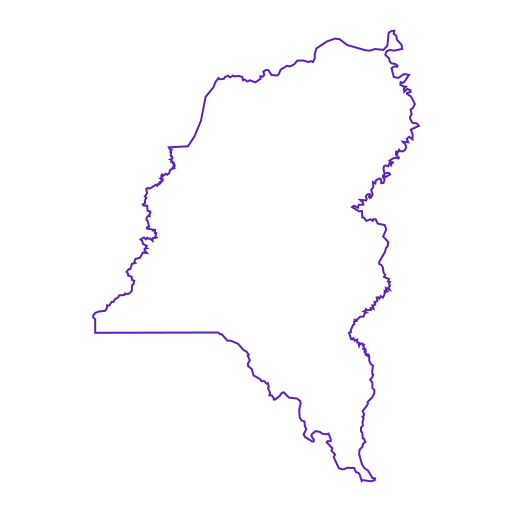 Humaitá, Amazonas, Brazil (orthographic projection)
{"feature_id": "56859067B63589902021131", "entity_name": "Humaitá", "entity_type": "district", "adm_level": 2, "iso_a3": "BRA", "parent_name": "Brazil", "parent_adm1": "Amazonas", "projection": "orthographic", "projection_center": [-62.357, -7.512], "detail": "fine", "context": "isolated", "style": "outline", "palette": "violet", "viewbox_px": 512, "rotation_deg": 0, "n_neighbors": 0, "source": "geoboundaries", "source_scale": "gbopen_adm2", "svg_char_len": 6036}
<svg xmlns="http://www.w3.org/2000/svg" viewBox="0 0 512 512"><path d="M375.0,478.4L372.6,478.2L368.0,470.6L364.3,468.0L361.9,464.2L359.2,454.4L359.6,449.6L362.7,446.6L362.5,445.2L363.9,442.8L365.4,442.0L363.9,438.7L362.8,438.4L362.3,432.7L361.0,431.3L361.0,427.6L362.9,425.6L362.5,422.5L363.6,418.2L362.5,416.7L363.8,415.7L364.0,414.1L362.6,411.1L367.0,405.4L368.0,403.2L367.5,402.1L372.2,397.4L374.2,393.4L374.4,390.1L372.4,388.1L372.4,382.8L370.2,379.6L372.7,376.6L373.1,374.5L372.4,374.3L372.2,372.0L372.9,365.6L370.8,364.1L369.2,360.6L369.3,357.0L367.2,355.6L368.9,355.6L368.6,354.5L365.6,354.4L365.8,353.3L364.4,352.0L364.6,351.1L366.5,351.6L365.5,350.9L365.4,348.9L363.3,348.9L363.8,347.0L362.8,345.3L363.8,344.6L362.0,343.4L359.4,344.2L359.4,343.0L357.2,342.5L357.2,339.6L354.9,340.7L354.4,339.2L353.0,339.3L353.0,338.3L351.1,339.1L349.0,332.8L351.0,332.1L350.6,330.3L353.1,325.0L354.3,324.3L354.1,321.5L356.4,320.9L355.4,319.8L356.8,319.9L360.2,316.7L363.5,316.7L364.9,312.9L366.2,312.6L363.7,311.4L365.6,310.6L366.0,309.1L367.6,310.2L370.8,309.9L370.7,308.0L373.5,308.9L372.3,305.3L374.2,305.3L375.2,304.4L374.4,302.1L377.4,301.0L376.7,297.5L377.9,297.2L379.5,298.6L380.7,296.1L382.9,297.6L384.6,294.1L384.6,291.1L386.1,292.0L387.5,291.3L386.0,290.4L385.8,288.0L389.7,289.7L388.5,287.3L390.0,285.7L388.9,283.5L389.9,281.9L388.0,281.4L389.0,279.1L384.0,276.9L385.2,274.8L383.6,272.7L382.8,267.3L381.3,265.0L379.2,263.9L379.1,262.1L385.0,251.9L385.9,248.1L387.6,246.4L388.3,242.1L383.1,236.5L386.2,229.5L384.8,225.1L377.7,223.6L375.6,219.3L373.4,219.2L372.8,220.8L370.5,219.3L366.3,220.9L364.0,217.7L362.3,217.4L362.0,211.1L359.0,211.3L352.1,207.1L354.0,205.7L358.0,207.7L358.8,204.8L363.4,204.6L362.9,202.4L360.2,199.9L366.2,200.4L366.7,199.2L365.8,196.2L367.4,194.4L369.7,194.0L370.1,195.1L368.9,196.7L369.8,198.1L371.1,197.5L372.6,194.4L371.2,190.0L373.3,187.1L373.0,182.1L375.3,183.4L375.8,180.4L379.4,178.4L381.1,179.5L381.2,183.2L383.5,182.9L384.6,179.7L382.9,177.0L383.0,175.5L383.8,175.3L385.4,177.1L390.1,174.5L389.5,173.3L387.7,172.7L384.6,173.9L383.5,168.9L384.0,166.3L385.4,165.4L388.1,166.3L389.5,163.4L391.0,165.3L391.7,163.2L393.8,162.4L390.5,162.1L389.4,160.8L392.9,158.5L395.5,157.7L398.6,158.4L399.0,157.9L395.9,154.4L396.1,151.6L397.1,151.6L397.5,153.0L399.1,149.8L400.0,151.1L403.1,151.3L404.9,150.0L406.2,147.2L405.4,144.6L402.8,141.8L408.2,142.3L406.7,138.9L409.1,136.8L412.5,139.3L412.6,134.1L410.8,129.6L418.9,125.8L416.9,123.5L412.4,122.8L410.1,118.8L410.0,117.1L411.6,114.4L410.6,109.5L412.7,108.3L414.9,104.1L411.0,96.5L406.9,93.8L407.0,93.0L410.5,92.0L410.5,90.3L407.3,88.9L404.2,91.8L404.0,88.7L405.9,86.7L403.0,86.3L400.3,84.7L400.7,82.1L402.8,82.9L403.9,82.3L409.0,75.0L404.3,74.0L398.2,77.9L393.8,77.0L391.5,68.1L394.0,66.6L397.2,66.7L397.6,65.8L395.6,64.1L391.4,63.3L389.7,61.4L389.1,58.6L385.3,54.8L386.4,51.5L390.0,49.8L393.6,50.7L402.2,48.9L401.6,44.9L396.9,39.6L396.3,35.9L393.6,33.6L394.3,30.7L391.2,31.1L388.7,32.8L387.3,45.8L383.4,49.9L375.1,49.0L369.7,50.7L365.3,50.2L347.1,45.0L339.6,39.2L334.9,38.6L326.8,41.5L316.3,48.5L314.7,54.5L314.8,58.0L312.9,62.1L310.9,61.1L308.3,62.1L303.4,60.5L297.4,60.6L294.0,64.5L289.7,66.5L287.1,65.8L280.7,69.6L278.7,74.2L277.1,75.5L271.5,75.0L268.4,70.1L266.1,70.0L263.4,71.5L264.3,75.0L262.3,76.7L260.4,76.2L260.5,78.9L255.3,82.3L249.9,80.3L247.4,81.5L244.3,79.4L243.0,80.2L242.2,76.9L239.1,76.0L234.4,76.4L233.1,75.6L230.0,77.3L228.1,75.7L224.9,77.1L223.9,78.8L219.9,79.3L218.5,78.0L215.5,82.0L213.3,87.4L205.6,96.9L201.0,120.6L194.5,136.3L188.0,146.3L168.8,147.3L170.0,149.6L171.6,149.7L170.4,152.0L171.1,152.6L170.7,155.9L172.1,156.6L172.4,158.4L170.5,159.4L171.5,159.7L171.2,161.8L172.7,161.8L172.6,163.1L174.4,164.3L174.7,166.1L172.9,167.7L174.0,168.2L170.2,169.8L169.1,173.3L167.2,174.7L166.0,173.7L163.5,175.6L163.4,174.8L162.1,174.6L162.5,175.9L161.4,175.8L161.6,177.6L160.4,178.4L162.4,179.1L161.9,179.6L162.8,180.3L160.2,183.2L160.1,182.0L159.6,182.4L158.9,184.2L157.9,184.1L157.1,185.8L155.6,184.7L151.5,187.6L149.0,188.6L147.8,187.9L146.2,189.0L147.1,193.2L144.8,196.5L146.4,197.8L144.9,200.4L145.0,203.1L142.8,204.5L143.7,205.7L147.2,205.7L147.5,210.7L150.0,211.3L150.5,212.4L149.3,214.7L149.6,216.0L148.4,215.7L146.7,217.6L146.4,219.8L147.6,220.8L149.1,226.6L147.2,227.2L146.9,228.5L153.5,229.8L153.3,230.4L155.1,230.0L154.8,233.0L156.2,233.1L155.4,236.7L156.4,237.5L152.6,238.2L152.6,240.9L149.9,238.4L148.3,238.8L147.2,237.7L145.8,239.3L143.9,237.5L140.5,239.4L142.1,240.8L143.1,244.1L146.7,245.8L145.6,247.8L146.8,248.3L144.6,249.0L144.6,250.5L146.8,253.0L142.9,252.5L140.0,257.7L135.6,258.9L134.3,262.0L135.3,263.0L132.0,263.8L130.3,269.2L128.8,269.1L126.5,271.9L128.1,273.7L128.1,275.6L131.7,276.7L131.9,279.9L134.2,280.8L133.5,284.2L132.0,285.6L131.8,290.8L129.5,293.4L126.6,294.1L125.1,293.4L124.3,295.0L119.0,295.4L118.4,297.1L114.7,299.5L113.5,301.8L111.5,302.0L109.4,305.5L107.0,305.4L107.1,307.7L105.2,310.8L98.5,311.6L95.1,313.0L93.1,315.8L93.3,317.5L95.2,319.3L95.2,332.8L218.1,332.5L220.4,334.4L221.7,334.2L227.4,340.6L231.1,340.8L238.2,343.9L243.2,349.7L246.6,351.7L248.8,354.8L247.7,355.6L249.8,360.3L247.8,363.7L248.1,366.1L251.9,369.2L253.5,375.4L260.0,379.1L261.6,381.2L264.0,381.1L266.7,383.7L267.8,383.1L268.8,386.6L268.0,388.0L270.0,392.7L269.5,395.3L271.5,395.3L273.8,398.1L273.7,399.4L274.9,399.7L280.1,395.5L281.4,393.3L283.6,392.3L289.0,397.6L296.8,398.5L299.9,400.7L300.7,403.3L299.2,409.8L299.7,417.6L301.7,420.6L304.4,421.4L304.9,426.3L306.3,429.1L303.7,434.2L304.7,436.7L312.2,441.5L313.5,441.5L313.9,439.9L311.4,436.0L311.6,434.4L315.6,431.1L319.8,431.9L322.1,433.6L326.2,434.3L328.6,433.6L330.9,439.7L330.6,441.2L327.4,441.2L326.7,442.4L332.4,448.2L331.4,450.7L335.1,454.6L333.7,456.9L334.1,458.1L338.9,468.3L343.3,469.5L347.2,467.8L354.2,468.0L355.8,471.9L358.6,473.0L359.7,474.7L361.7,481.0L362.6,480.1L370.6,481.3L374.6,480.3L375.0,478.4ZM358.9,344.8L359.6,344.7L359.1,345.8L358.9,344.8ZM174.0,165.0L173.5,166.2L174.1,166.5L174.1,165.8L174.0,165.0Z" fill="none" stroke="#5b21b6" stroke-width="2"/></svg>